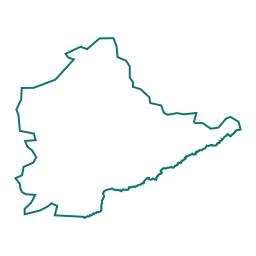 the district of Jeti-Oguz, Ysyk-Köl, Kyrgyzstan
{"feature_id": "92254566B8733465494202", "entity_name": "Jeti-Oguz", "entity_type": "district", "adm_level": 2, "iso_a3": "KGZ", "parent_name": "Kyrgyzstan", "parent_adm1": "Ysyk-Köl", "projection": "natural_earth1", "projection_center": [78.776, 41.857], "detail": "fine", "context": "isolated", "style": "outline", "palette": "teal", "viewbox_px": 256, "rotation_deg": 0, "n_neighbors": 0, "source": "geoboundaries", "source_scale": "gbopen_adm2", "svg_char_len": 5796}
<svg xmlns="http://www.w3.org/2000/svg" viewBox="0 0 256 256"><path d="M82.9,216.8L83.1,216.7L83.7,216.9L84.0,217.6L84.3,217.6L84.5,217.8L85.3,217.6L85.5,217.2L86.2,217.1L87.0,216.4L87.6,216.4L87.8,216.2L88.2,216.5L88.6,216.6L88.9,216.4L89.1,216.4L89.7,216.3L89.8,216.2L90.1,215.5L90.3,215.4L90.2,215.2L90.5,215.1L91.3,215.2L91.7,215.0L91.9,214.7L92.3,214.6L92.5,214.4L92.7,214.5L92.9,214.4L92.8,213.9L93.2,213.5L94.1,213.7L94.2,213.9L94.8,213.3L95.3,213.1L95.5,212.8L96.0,212.9L96.1,212.6L96.3,212.5L96.5,212.8L96.8,212.6L97.0,212.0L97.9,211.9L98.5,212.3L99.3,211.7L100.2,211.7L100.4,211.6L100.9,210.6L101.2,210.2L101.1,209.8L101.2,209.5L101.5,209.3L101.5,208.7L101.3,208.5L101.4,207.2L101.2,206.8L101.5,206.0L101.4,205.0L101.4,204.2L101.6,203.9L102.1,203.7L102.1,203.2L102.2,202.7L102.0,202.3L102.1,201.0L101.9,200.4L103.0,199.2L103.1,198.9L103.1,198.1L103.5,197.8L103.5,197.4L103.9,197.1L104.1,196.7L103.9,195.4L103.8,195.2L103.3,194.3L103.2,193.8L102.9,193.2L103.4,192.6L103.8,192.1L103.8,191.6L104.0,191.1L105.5,190.4L106.0,190.4L107.2,189.6L108.1,189.6L108.5,189.4L109.4,189.4L109.8,189.2L110.5,189.2L111.5,188.6L112.7,188.7L113.2,189.1L113.4,189.5L114.6,189.8L114.9,189.8L115.3,189.7L116.9,190.3L117.6,189.9L118.1,189.8L118.4,190.1L119.3,190.5L119.5,190.5L120.1,190.1L120.7,190.5L120.9,191.0L121.4,191.3L122.3,190.2L122.6,190.0L122.7,189.7L123.0,189.4L123.7,189.4L124.4,189.8L124.8,189.9L125.1,189.9L125.7,189.6L126.0,189.8L126.5,189.9L127.4,189.7L127.9,189.8L128.3,189.5L128.9,188.7L128.9,188.2L128.7,187.6L129.2,187.1L130.0,186.9L130.3,187.5L130.6,187.5L132.3,186.6L132.6,186.8L132.9,187.0L133.6,186.5L133.9,186.4L134.5,186.6L134.7,186.9L135.1,187.0L135.6,186.6L135.8,186.6L136.4,186.1L136.8,186.1L136.9,185.9L137.2,185.9L137.3,185.6L138.1,185.3L138.3,185.1L139.1,185.0L139.8,184.6L140.6,184.4L141.1,184.4L141.2,184.2L141.3,183.9L141.8,183.4L142.1,183.5L142.5,183.3L143.1,183.5L143.5,183.4L143.9,183.0L143.7,182.6L143.9,182.0L144.0,181.8L143.9,181.6L144.3,181.5L144.4,181.1L144.6,180.7L145.1,180.3L145.3,179.9L146.1,179.4L146.1,179.1L146.4,178.6L147.1,178.5L147.1,178.2L147.6,178.0L148.2,177.9L148.9,178.0L148.9,178.5L149.1,178.9L149.1,179.2L149.4,179.5L150.2,179.5L150.9,179.7L151.1,179.6L151.8,179.5L152.0,179.1L152.9,178.9L153.1,178.5L154.0,178.8L154.3,179.2L155.3,179.3L155.8,179.6L155.8,179.4L156.3,179.0L156.1,178.4L156.2,178.2L156.9,177.8L157.0,177.2L157.2,176.8L157.3,176.7L157.1,176.7L157.2,176.4L157.7,175.8L157.7,175.5L158.5,175.0L158.9,174.5L159.4,174.1L160.0,174.0L160.8,174.0L160.9,173.5L161.0,173.3L162.0,172.6L161.8,172.3L161.0,172.1L160.8,171.7L160.6,171.5L160.5,171.4L160.8,170.6L161.2,170.2L161.6,170.1L161.8,169.4L162.5,168.9L163.0,168.4L163.5,168.6L164.2,168.1L164.8,168.1L165.6,168.6L165.9,168.4L166.3,168.4L166.5,168.3L166.7,167.9L166.8,167.9L167.5,167.9L167.9,167.7L168.0,167.8L169.1,167.6L169.5,167.7L169.8,167.3L170.8,167.2L171.3,166.9L171.7,167.4L172.0,167.6L172.5,167.4L173.8,167.6L174.0,167.2L174.6,166.7L174.7,165.9L175.0,165.8L176.0,165.8L176.5,165.0L177.4,165.0L177.7,164.8L177.8,164.7L177.8,164.0L177.7,163.9L177.7,163.5L178.1,162.8L178.7,162.5L178.9,162.5L179.7,162.8L180.1,163.1L180.2,162.9L180.4,162.8L181.2,162.7L181.4,162.1L181.2,161.5L181.4,161.1L181.8,160.7L181.9,160.8L182.5,160.5L183.5,160.4L183.9,159.7L184.3,159.2L185.1,159.0L185.0,158.8L184.8,158.6L184.7,158.2L184.9,157.8L185.9,157.7L185.9,157.4L186.0,157.3L185.9,157.1L185.8,156.5L186.0,156.5L186.6,156.8L187.0,156.5L187.2,156.1L188.2,156.1L188.3,155.9L188.4,155.5L188.7,155.5L188.9,155.4L189.1,155.3L189.5,155.4L190.0,154.8L190.9,154.7L191.6,154.1L192.2,153.8L192.3,153.6L193.1,154.0L193.1,154.4L193.2,154.5L193.9,154.5L194.1,154.3L194.3,154.3L195.2,154.5L195.4,154.3L195.7,154.2L195.5,153.3L195.5,153.0L196.0,153.2L196.5,152.7L196.2,152.1L196.5,151.5L197.3,151.6L197.8,151.4L198.0,151.5L198.2,151.1L198.4,150.9L198.7,150.8L199.2,150.9L199.5,150.2L199.8,150.3L200.5,150.3L201.0,150.1L201.5,150.2L202.1,150.2L202.3,150.0L202.5,149.9L202.7,149.4L203.2,149.2L203.4,148.8L203.6,148.7L203.8,148.8L204.0,148.7L204.7,148.6L204.8,148.5L205.1,148.4L205.5,148.0L205.6,147.6L205.8,147.4L205.8,147.1L205.9,146.8L206.4,146.5L206.3,146.1L206.5,145.7L207.4,145.7L207.9,145.9L208.4,146.0L209.1,145.7L209.3,145.7L210.5,145.4L210.6,145.0L211.0,144.9L211.7,144.9L212.1,145.2L212.6,145.1L212.9,145.4L212.9,145.6L213.1,145.6L214.7,145.6L216.3,145.3L216.6,144.6L217.1,144.5L217.6,144.0L217.7,143.6L217.5,143.3L218.0,143.0L219.0,142.9L219.7,142.8L220.0,142.3L219.6,141.4L219.6,141.2L220.5,140.7L220.8,140.8L221.6,140.4L221.8,140.4L222.3,140.0L222.3,139.4L222.1,139.2L222.0,138.9L222.4,139.0L222.7,138.9L222.8,138.8L223.4,138.4L224.4,136.8L225.4,136.4L225.5,136.2L226.0,136.1L226.3,135.3L227.0,135.0L227.2,134.7L227.2,134.3L227.5,134.0L228.7,134.6L229.0,135.0L229.1,135.3L229.6,135.6L230.0,136.3L230.6,136.3L230.8,136.2L231.0,135.9L231.1,135.4L231.5,135.2L231.8,134.9L232.1,134.8L232.2,134.4L233.2,133.9L233.6,133.7L234.0,133.4L234.2,133.0L234.8,132.2L234.7,131.7L235.3,131.5L236.3,130.5L236.4,130.2L236.7,130.0L238.5,129.8L239.4,129.8L240.4,129.6L240.6,129.3L238.5,121.7L230.3,116.9L225.9,118.8L218.4,127.6L210.7,128.7L202.7,123.1L195.3,123.1L194.0,121.9L196.3,113.0L183.8,114.3L176.9,113.1L167.7,114.8L163.9,112.8L161.1,105.4L150.3,103.0L149.2,97.1L140.6,89.2L132.9,86.8L133.1,82.4L129.8,77.6L129.7,66.2L126.0,60.7L117.6,57.1L116.5,46.1L113.5,38.2L99.5,38.4L87.0,49.2L80.8,46.7L65.6,53.7L68.3,57.6L73.8,59.4L55.4,79.6L33.8,87.8L21.7,88.0L21.2,99.3L16.4,109.5L18.4,114.8L19.9,130.9L33.9,133.6L35.7,140.2L25.1,140.9L27.3,146.6L32.1,150.4L35.1,155.5L36.3,157.2L33.3,162.6L23.6,166.9L22.1,175.3L15.4,178.2L19.8,183.7L20.3,188.4L22.0,192.1L26.1,194.3L35.3,194.9L31.0,202.9L24.6,208.9L24.7,214.3L40.0,210.5L47.9,206.3L51.4,203.4L57.3,205.9L54.7,215.3L82.9,216.8Z" fill="none" stroke="#0f766e" stroke-width="2"/></svg>